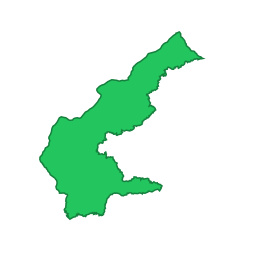 San Felipe, Guainía, Colombia, rotated 251°
{"feature_id": "7082276B30016646196042", "entity_name": "San Felipe", "entity_type": "district", "adm_level": 2, "iso_a3": "COL", "parent_name": "Colombia", "parent_adm1": "Guainía", "projection": "orthographic", "projection_center": [-67.469, 2.054], "detail": "fine", "context": "isolated", "style": "filled", "palette": "green", "viewbox_px": 256, "rotation_deg": 251, "n_neighbors": 0, "source": "geoboundaries", "source_scale": "gbopen_adm2", "svg_char_len": 5812}
<svg xmlns="http://www.w3.org/2000/svg" viewBox="0 0 256 256"><g transform="rotate(251 128 128)"><path d="M202.1,204.4L201.2,203.6L200.7,201.2L198.5,196.0L196.4,193.2L196.3,190.6L195.8,188.9L194.6,186.8L192.9,185.1L192.2,183.7L191.2,179.0L191.7,171.4L189.3,168.5L186.9,161.5L186.4,158.4L185.5,155.8L184.5,154.4L184.5,153.7L183.1,152.0L181.5,151.7L180.1,149.5L177.5,148.0L175.4,144.5L173.5,144.1L173.9,140.1L174.9,138.1L175.2,134.8L176.6,133.1L178.9,128.4L178.4,124.0L177.0,119.8L177.1,117.0L176.6,114.5L175.0,111.3L173.7,110.8L171.6,111.2L168.4,113.2L167.1,113.0L165.5,111.7L164.6,110.1L162.6,107.9L159.4,102.4L158.6,99.9L158.4,98.3L157.2,95.5L156.9,92.9L153.0,86.8L153.0,85.2L154.2,83.4L154.6,80.9L154.4,79.4L153.6,78.2L154.1,75.8L154.6,74.9L157.8,72.7L160.3,68.5L160.0,66.5L156.8,63.1L154.8,60.2L154.1,57.7L152.5,56.1L149.3,54.3L147.5,52.9L145.2,50.3L144.0,49.8L141.6,50.0L139.2,48.2L137.5,47.6L136.5,46.0L136.0,43.4L134.0,41.9L133.0,39.8L130.8,38.3L129.1,35.3L126.9,34.4L124.8,34.4L123.5,34.9L123.3,35.3L121.5,35.6L121.3,36.0L120.2,35.9L119.5,36.3L118.7,36.2L117.5,36.9L117.1,37.8L116.0,37.6L114.7,38.2L113.0,38.3L111.3,39.2L109.1,39.3L104.2,42.7L102.8,42.9L102.0,43.5L99.5,43.2L97.5,42.2L96.1,40.8L94.4,40.6L93.3,40.6L91.7,41.9L89.8,42.3L88.7,42.0L87.2,46.7L85.8,47.5L85.0,49.0L84.0,48.9L81.5,46.5L78.9,45.3L77.5,45.6L77.0,44.9L73.1,43.3L71.7,41.2L70.6,41.1L69.7,42.4L69.2,42.3L69.3,41.1L68.8,41.0L66.4,43.4L66.0,42.4L65.3,42.0L64.8,42.8L64.2,42.8L65.1,41.5L64.4,41.5L60.7,43.4L61.5,47.3L61.2,49.5L61.9,50.6L61.6,51.3L62.9,51.4L62.2,52.4L63.3,53.0L62.7,53.6L61.8,53.8L61.5,54.7L60.8,55.3L60.7,56.4L59.7,56.5L58.8,57.4L58.9,58.6L58.1,59.1L58.7,59.9L59.4,60.1L59.2,63.0L59.7,64.4L59.2,65.4L59.4,66.1L58.9,66.7L59.4,67.2L58.2,68.0L57.5,67.5L57.4,68.4L57.7,68.7L58.7,68.5L58.9,68.9L58.2,69.7L58.2,70.4L56.9,70.0L57.1,71.4L55.8,72.6L54.6,72.1L54.4,72.9L54.8,74.2L53.9,74.4L53.8,75.6L54.5,76.8L54.9,76.6L56.7,78.7L58.5,79.0L59.4,80.5L60.9,80.5L62.3,81.1L62.7,81.6L63.3,81.4L64.8,83.4L65.4,83.5L67.6,84.9L68.6,86.2L68.6,87.0L69.8,88.1L70.4,89.3L70.8,90.2L70.2,91.2L70.9,92.3L70.8,94.5L70.4,94.8L70.4,95.6L69.0,98.0L67.9,99.0L66.3,99.8L65.4,101.6L65.7,102.8L65.2,105.0L66.6,106.1L66.0,107.1L66.3,107.7L66.0,109.1L65.6,109.9L64.5,110.3L64.5,111.3L64.0,111.6L64.1,112.8L62.8,115.8L62.8,118.2L61.6,119.5L61.7,120.1L61.2,120.2L62.0,121.0L61.2,121.7L60.8,122.9L61.0,126.2L61.7,126.8L59.8,129.9L60.6,133.5L60.4,136.0L60.0,136.6L58.3,137.4L60.2,139.7L61.0,139.7L61.2,140.4L62.2,141.3L64.2,140.0L64.4,139.0L65.2,138.8L65.6,137.9L66.7,137.8L66.8,136.4L68.7,134.9L67.9,132.9L69.4,132.4L68.6,131.7L69.2,130.9L70.6,131.6L71.7,130.4L72.8,131.1L74.0,130.2L74.7,125.8L75.7,125.8L76.1,125.0L74.9,123.3L76.3,123.7L77.0,123.0L77.6,120.4L78.9,119.8L79.8,117.8L78.5,117.1L78.2,116.2L78.6,115.3L77.2,114.0L77.2,113.2L77.8,112.9L77.3,111.0L77.7,110.8L77.7,109.9L78.4,109.3L78.6,107.0L79.8,105.6L81.3,105.6L81.7,106.3L83.0,106.6L83.5,107.9L84.6,108.2L86.7,107.4L87.9,108.0L88.7,107.3L89.0,106.2L90.8,106.9L91.7,105.6L92.4,105.9L92.9,105.2L97.1,105.2L98.3,106.3L99.8,104.7L102.7,104.3L102.8,103.8L105.5,104.2L105.6,103.1L106.4,102.2L106.1,101.4L106.9,100.2L106.9,98.9L106.4,97.9L107.1,97.5L108.0,98.4L109.5,98.4L110.4,99.1L111.3,98.5L111.8,99.1L112.5,99.1L112.2,98.0L111.4,97.8L110.7,97.1L111.1,95.7L112.0,95.2L112.6,91.8L112.8,91.6L113.5,92.4L114.1,92.4L115.4,91.6L115.7,90.8L116.8,91.7L117.0,90.9L119.0,92.9L119.9,93.4L120.9,93.4L122.5,94.4L122.4,95.5L123.2,96.1L123.0,97.1L122.5,97.7L122.7,98.2L121.9,99.1L122.7,99.9L123.9,100.1L124.5,101.3L123.7,102.1L123.9,103.8L124.7,103.5L125.4,103.7L126.1,102.9L128.9,104.4L129.6,104.3L130.3,105.0L130.3,106.6L131.0,107.1L130.6,108.8L129.6,109.3L129.6,110.2L128.7,110.7L128.8,111.3L128.0,111.6L128.1,112.1L126.7,112.5L126.4,114.2L126.7,115.1L126.2,114.8L125.8,115.3L125.0,114.8L124.6,115.2L124.9,116.2L124.5,119.7L125.2,120.1L125.5,121.2L127.0,120.7L127.3,121.4L128.0,121.6L127.0,122.4L126.3,123.5L126.5,125.6L124.6,128.9L125.4,129.7L125.4,130.1L124.6,130.7L125.4,133.3L126.5,134.1L127.5,133.5L128.1,133.8L127.9,135.3L126.8,136.7L127.3,137.4L126.6,139.8L126.9,142.4L128.0,142.9L128.2,143.4L129.6,143.7L129.8,145.0L130.7,146.4L130.6,147.8L131.8,149.2L131.0,149.9L131.2,150.6L132.0,152.1L132.8,152.0L132.7,152.9L133.3,154.2L134.0,154.7L134.3,156.1L134.8,156.3L134.3,156.8L134.9,157.2L135.6,158.9L136.1,158.9L136.1,160.0L137.9,160.0L140.1,158.9L140.3,158.0L141.5,157.7L141.9,156.8L141.8,155.2L144.4,157.4L145.2,157.0L147.6,156.8L148.1,157.1L148.8,156.6L149.1,157.9L149.5,157.9L152.0,157.5L152.5,156.6L153.3,156.4L153.9,157.0L153.5,157.6L154.1,159.8L154.8,160.0L154.6,160.9L154.3,160.8L154.2,161.7L155.7,163.1L155.0,163.8L155.5,165.9L154.9,166.2L155.7,168.8L157.6,168.9L157.7,170.4L159.8,170.4L161.2,172.0L162.2,171.4L162.8,171.6L163.3,172.3L163.0,173.3L163.9,174.8L165.2,174.5L166.1,175.5L166.5,175.1L166.5,176.0L167.5,178.1L167.3,179.2L166.6,178.1L165.8,178.1L165.3,178.6L165.7,179.6L165.1,180.6L165.9,181.4L166.5,181.7L167.4,181.5L167.9,180.7L168.6,181.7L169.4,181.2L170.3,181.8L170.7,181.1L171.2,181.8L170.8,184.3L171.7,184.6L172.5,185.7L171.2,187.3L169.5,188.5L168.8,189.8L168.7,190.3L169.8,191.3L169.5,192.2L170.2,192.2L170.1,195.2L168.1,195.1L168.4,197.1L169.0,197.7L168.7,198.2L169.5,198.4L169.9,199.3L169.3,200.2L170.0,202.1L171.0,202.9L171.5,202.9L172.3,204.2L172.0,205.0L170.5,205.6L171.1,206.6L170.5,207.4L170.4,208.8L171.4,209.7L170.6,210.9L171.6,213.3L171.0,214.5L171.2,215.8L170.7,216.5L169.8,216.4L170.0,217.8L169.8,218.2L170.2,218.8L169.6,219.5L169.3,221.6L170.2,220.6L171.6,220.0L172.4,218.6L174.2,217.3L176.1,217.0L177.1,216.1L178.1,216.0L179.1,215.4L180.4,212.8L183.4,212.1L186.8,210.0L188.4,210.4L189.7,209.9L192.2,210.0L195.8,208.7L196.9,207.7L199.1,208.1L199.7,208.5L201.6,208.1L202.2,207.7L201.9,205.5L202.1,204.4Z" fill="#22c55e" stroke="#15803d" stroke-width="1.5"/></g></svg>